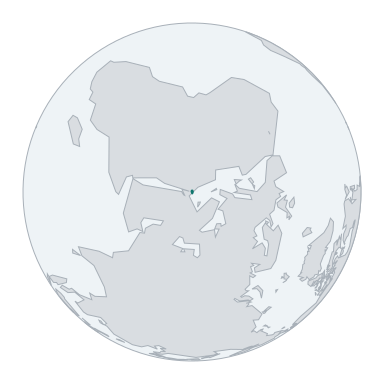 Ash Sharqiyah highlighted on a globe, orthographic projection, rotated 136°
{"feature_id": "EGY-1535", "entity_name": "Ash Sharqiyah", "entity_type": "Governorate", "adm_level": 1, "iso_a3": "EGY", "parent_name": "Egypt", "parent_adm1": "", "projection": "orthographic", "projection_center": [31.859, 30.68], "detail": "medium", "context": "on_globe", "style": "filled", "palette": "teal", "viewbox_px": 384, "rotation_deg": 136, "n_neighbors": 0, "source": "natural_earth", "source_scale": "10m", "svg_char_len": 10486}
<svg xmlns="http://www.w3.org/2000/svg" viewBox="0 0 384 384"><g transform="rotate(136 192 192)"><circle cx="192" cy="192" r="169" fill="#eef3f6" stroke="#a8b0b8"/><path d="M174.5,23.9L190.5,23.1L196.9,23.1L197.3,23.1L195.5,23.2L201.0,23.3L209.2,23.9L213.0,24.3L216.6,25.0L215.9,25.1L208.3,24.5L207.7,24.7L213.1,25.3L215.8,26.2L208.0,25.2L211.9,26.8L199.9,27.1L179.7,26.0L172.7,28.0L150.9,32.2L152.5,32.6L145.2,35.1L144.4,36.7L140.6,37.5L143.2,38.1L146.9,37.2L149.2,37.2L149.1,38.2L144.2,39.2L143.6,38.9L142.0,39.7L139.7,39.9L140.7,40.3L134.8,41.7L140.4,41.9L135.5,44.4L131.6,44.9L132.4,42.8L125.6,40.3L122.0,41.0L116.0,43.7L103.9,52.6L99.7,54.6L93.7,58.7L95.8,58.3L101.2,55.0L103.6,55.8L110.0,52.2L111.9,52.1L118.2,49.6L116.8,52.4L111.9,56.6L106.5,58.9L104.2,61.0L108.9,60.9L98.5,68.0L91.0,77.7L88.4,79.5L84.0,78.5L85.0,72.4L79.3,72.8L82.5,75.2L75.9,80.5L74.5,82.7L74.6,84.1L76.9,83.3L74.5,85.9L70.5,84.0L72.6,81.6L73.9,82.1L74.3,79.5L71.5,79.1L68.4,82.3L67.6,79.7L65.3,82.1L63.9,83.1L67.5,79.4L61.0,86.3L59.7,86.9L67.6,77.6L76.2,68.9L85.4,60.9L95.2,53.5L105.4,46.9L116.2,41.0L127.3,35.9L138.7,31.7L150.5,28.2L162.4,25.6L174.5,23.9ZM27.0,155.6L26.3,159.5L26.0,160.6L24.0,178.4L24.7,191.6L24.8,199.8L24.5,202.6L25.4,206.9L25.4,209.4L31.7,226.1L37.1,239.2L38.4,248.0L36.8,252.8L42.3,269.9L41.6,269.1L36.2,257.3L31.6,245.2L28.0,232.7L25.4,220.1L23.7,207.2L23.1,194.3L23.4,181.3L24.7,168.4L27.0,155.6ZM217.2,25.0L218.4,25.2L219.8,25.5L217.2,25.0ZM118.6,48.4L118.4,49.0L117.3,49.1L118.6,48.4ZM121.6,46.8L120.4,46.5L121.7,45.8L122.3,46.0L121.6,46.8ZM220.0,26.1L221.9,26.7L218.6,25.9L220.0,26.1ZM122.6,47.4L124.0,44.5L126.2,43.2L130.6,43.0L122.6,47.4ZM222.1,27.0L226.8,29.1L229.7,29.4L224.0,30.1L221.9,27.9L217.5,26.7L221.0,27.2L222.1,27.0ZM148.1,36.5L144.2,37.5L147.6,35.8L148.1,36.5ZM149.7,35.4L156.7,30.9L162.4,30.1L158.9,31.6L166.3,30.2L165.6,32.0L161.4,33.2L157.8,33.3L160.3,34.0L149.7,35.4ZM220.1,30.4L220.1,31.0L218.7,30.3L220.1,30.4ZM150.4,37.2L151.3,36.2L156.3,35.4L155.4,37.2L154.1,36.9L150.4,37.2ZM168.6,29.1L172.1,29.1L172.5,30.4L174.0,30.7L166.1,32.0L168.6,29.1ZM152.9,37.5L154.8,38.3L152.3,39.6L149.9,38.1L152.9,37.5ZM158.0,34.5L160.3,34.2L158.7,34.9L158.0,34.5ZM144.6,45.3L145.6,43.8L148.2,43.2L144.6,45.3ZM155.7,38.4L156.5,38.0L157.7,37.7L158.4,38.5L155.7,38.4ZM166.9,33.1L166.4,33.8L170.2,32.5L170.6,33.8L165.3,34.5L167.8,34.7L167.9,35.1L163.4,35.4L166.9,33.1ZM162.7,38.4L156.0,40.2L153.6,42.9L151.2,43.4L155.5,39.0L162.7,38.4ZM163.5,36.5L162.4,37.8L159.9,37.6L159.1,36.8L163.5,36.5ZM172.9,34.4L173.5,32.3L174.7,32.2L172.9,34.4ZM162.5,39.1L164.1,38.7L162.6,39.3L162.5,39.1ZM170.2,35.8L170.3,35.0L171.6,34.9L170.2,35.8ZM167.2,38.6L165.1,39.1L164.4,38.5L167.2,38.6ZM169.0,37.3L170.7,37.4L165.5,37.9L168.8,37.0L169.0,37.3ZM171.4,35.9L172.2,35.6L171.2,36.2L171.4,35.9ZM170.8,41.0L164.3,41.8L162.9,40.2L169.4,39.6L170.8,41.0ZM76.4,236.7L67.8,209.2L72.6,201.7L74.0,190.5L108.0,162.4L114.7,166.7L140.9,167.2L144.1,169.2L140.5,177.9L159.7,191.4L166.6,184.5L184.5,191.3L196.8,191.1L202.2,174.2L182.0,174.2L179.1,165.9L195.6,158.8L213.3,159.3L212.7,156.1L202.0,149.3L206.5,143.3L198.3,146.5L201.3,149.7L196.3,152.0L193.2,149.3L194.9,147.1L189.7,145.7L182.9,157.0L185.2,161.5L171.3,163.0L173.8,170.8L169.9,174.2L164.2,162.4L165.1,158.2L154.2,144.9L152.0,149.3L162.1,162.4L158.7,161.1L155.8,168.0L155.4,161.8L144.9,147.1L132.6,148.0L116.2,162.5L109.2,162.3L103.8,157.1L110.6,140.2L125.4,142.9L128.0,137.6L125.7,128.6L130.4,130.4L131.3,127.3L137.0,128.1L145.7,121.9L151.6,122.1L155.7,113.0L159.3,112.0L155.8,117.5L156.5,121.8L171.2,122.8L174.3,121.1L175.8,115.3L179.6,116.6L179.2,110.9L188.0,109.1L176.9,106.7L178.3,100.6L184.0,96.2L182.5,94.0L173.3,101.1L171.4,104.5L172.9,107.9L166.1,117.6L160.9,118.8L160.5,107.6L153.1,108.3L156.1,99.9L179.2,84.6L188.5,82.2L202.4,90.4L199.8,94.1L193.5,92.8L198.7,99.4L198.6,96.2L201.8,97.6L204.0,92.6L206.4,93.4L204.4,87.6L207.6,88.0L208.7,91.6L214.7,85.3L221.4,85.2L221.6,83.4L219.9,81.6L229.6,83.0L229.4,81.7L226.1,80.7L223.4,77.6L222.4,72.8L225.8,73.5L226.6,75.3L233.4,80.5L235.1,85.7L236.4,85.5L235.8,81.3L227.4,74.9L225.9,71.8L230.3,74.3L228.5,73.2L228.8,71.9L232.3,71.5L227.7,68.6L226.3,55.6L232.9,53.9L237.0,57.3L239.6,50.5L246.9,50.1L243.8,49.1L243.0,45.7L240.7,45.7L239.2,45.0L236.1,37.7L238.1,36.9L233.3,33.4L231.7,33.0L230.0,33.4L224.0,30.1L229.7,29.4L233.0,30.2L234.3,29.6L241.6,31.9L248.2,33.9L255.3,37.5L260.0,39.2L260.0,38.8L266.2,41.1L279.2,48.0L268.7,44.0L249.3,36.1L257.2,39.2L255.4,39.2L258.3,40.8L263.9,43.2L264.5,43.1L273.5,52.0L287.0,61.9L286.0,58.5L289.5,59.5L304.0,70.2L321.3,92.5L326.1,95.9L329.2,99.6L331.0,104.2L326.6,98.8L324.8,98.9L322.0,95.5L323.5,101.7L319.6,97.0L322.6,104.6L326.0,107.2L326.1,103.0L330.4,112.2L335.8,115.6L340.9,123.5L346.9,144.0L346.4,154.4L347.3,157.5L344.7,156.7L344.9,165.2L352.4,176.4L353.4,181.1L352.0,194.8L351.3,191.5L344.6,189.4L345.9,201.4L351.1,205.8L353.0,214.8L350.1,215.1L347.9,207.4L345.5,206.4L344.3,196.3L338.9,184.1L335.8,190.3L334.3,184.4L326.3,176.0L321.0,184.6L313.6,207.2L315.5,222.6L311.7,231.5L300.0,213.9L294.8,199.9L290.5,203.2L278.5,193.8L257.6,199.0L254.7,195.4L250.7,198.3L242.3,195.9L237.8,189.8L232.6,191.1L244.6,206.9L250.1,205.5L254.8,197.7L257.1,203.6L265.3,207.3L256.1,224.5L225.2,242.6L222.3,231.1L199.2,199.6L200.0,195.8L199.9,195.4L199.6,194.6L197.4,200.9L193.4,194.4L205.7,217.2L207.7,226.9L224.8,243.3L223.2,245.3L228.7,248.4L246.5,241.3L246.6,245.2L238.1,264.0L213.5,289.1L216.9,302.9L215.2,314.3L200.1,322.2L201.7,329.9L193.9,332.7L193.6,336.8L187.4,340.9L177.2,344.3L159.4,342.9L158.1,339.6L148.9,331.7L136.1,311.2L140.3,302.4L138.6,294.4L125.8,274.1L128.6,264.0L125.2,258.8L118.2,258.5L114.4,252.1L110.1,251.0L84.1,247.0L76.4,236.7ZM95.8,179.3L94.8,182.6L95.8,179.3ZM231.9,168.6L242.6,167.8L237.9,157.7L241.6,156.8L238.7,153.9L237.5,157.0L230.3,149.1L235.0,145.4L233.8,141.0L230.1,141.1L222.8,149.3L233.0,160.5L230.5,165.2L231.9,168.6ZM26.3,159.6L25.9,162.4L26.0,160.9L26.3,159.6ZM33.7,133.1L32.9,135.9L33.3,134.3L33.7,133.1ZM35.7,127.8L34.4,131.2L34.6,130.5L35.7,127.8ZM76.1,80.6L76.3,80.8L75.8,82.7L75.0,82.6L76.1,80.6ZM80.4,87.5L76.5,91.6L78.7,88.4L76.7,88.7L78.8,82.9L87.2,80.2L83.0,82.3L80.4,87.5ZM83.9,74.9L81.6,78.6L83.8,74.7L83.9,74.9ZM130.6,110.8L132.3,113.3L129.8,116.5L122.3,117.5L125.9,112.7L130.6,110.8ZM135.3,116.1L137.0,105.4L141.7,104.7L138.8,106.8L141.7,107.5L137.8,111.1L140.6,121.5L138.5,125.1L125.9,124.2L131.2,122.3L129.2,119.8L135.3,116.1ZM133.2,83.0L134.0,79.5L143.2,82.5L141.3,85.6L133.8,86.4L131.5,83.4L133.2,83.0ZM130.0,48.1L129.8,47.3L131.1,46.9L132.5,47.3L130.0,48.1ZM144.8,44.6L132.7,51.5L131.7,50.8L125.7,56.2L121.0,56.6L125.0,53.0L116.8,57.7L118.5,54.6L113.3,58.1L122.8,50.1L124.0,47.9L124.5,50.1L128.8,49.6L131.1,48.8L138.4,44.9L143.2,40.4L148.3,39.7L150.6,40.3L150.3,41.3L147.1,41.4L148.9,42.6L144.0,43.5L144.8,44.6ZM175.0,54.5L171.4,53.2L174.2,57.7L169.3,57.9L169.9,58.4L166.2,59.9L162.7,62.8L160.6,62.5L160.1,63.8L157.6,65.0L156.3,66.7L152.0,66.9L150.1,69.1L149.2,67.9L147.0,71.8L146.7,69.0L143.4,70.6L145.4,72.5L125.4,71.1L117.2,73.3L110.6,77.0L110.9,72.3L117.4,66.2L126.7,60.5L134.5,59.3L133.2,57.6L136.6,56.6L136.2,58.3L138.9,55.2L141.5,54.9L149.7,51.1L152.0,47.2L155.0,46.0L155.5,47.4L158.2,45.2L161.2,47.1L163.4,46.3L168.6,47.6L168.2,51.2L170.7,50.1L174.8,51.3L175.0,54.5ZM172.1,41.4L172.7,45.1L170.4,47.2L162.4,44.1L159.9,44.5L154.7,43.0L158.2,40.2L159.4,40.9L161.4,40.8L159.5,41.7L162.5,41.0L164.2,42.0L166.9,41.8L166.4,43.0L172.1,41.4ZM148.1,166.3L150.6,167.0L154.7,167.1L152.9,171.6L148.1,166.3ZM140.7,156.4L143.1,156.1L142.5,162.1L139.9,161.5L140.7,156.4ZM144.8,151.1L143.2,155.7L142.5,152.9L144.8,151.1ZM158.0,117.1L160.6,116.7L160.7,118.1L159.1,120.0L158.0,117.1ZM182.2,69.5L180.5,68.1L181.4,67.5L180.9,63.5L184.5,63.3L186.2,65.6L182.2,69.5ZM198.5,177.2L194.7,180.5L193.0,179.0L194.6,178.1L198.5,177.2ZM172.5,176.5L178.3,178.9L172.0,177.7L172.5,176.5ZM186.0,68.7L185.4,67.0L187.6,67.9L186.0,68.7ZM187.1,63.0L189.7,63.7L184.9,62.8L187.1,63.0ZM259.3,346.5L259.9,346.5L257.5,347.5L259.3,346.5ZM244.0,309.0L232.3,328.7L224.3,329.8L222.9,324.9L227.4,313.4L236.6,308.9L241.2,302.8L244.0,309.0ZM358.2,222.3L354.7,231.7L352.9,233.6L353.7,230.3L356.7,224.9L358.2,222.3ZM353.5,230.5L350.1,229.2L342.4,216.5L345.3,214.1L352.7,218.4L352.3,221.0L354.4,223.1L353.5,230.5ZM360.2,203.7L359.7,210.7L358.2,215.5L357.3,216.8L356.7,210.2L357.0,205.1L357.9,203.3L359.2,181.5L360.0,182.3L360.2,190.6L360.7,194.0L360.2,203.7ZM316.3,223.7L320.2,230.9L317.8,233.7L316.3,223.7ZM358.0,168.6L358.6,177.8L357.5,166.8L358.0,168.6ZM356.3,159.2L357.1,162.2L356.3,160.4L356.3,159.2ZM348.8,161.8L348.0,164.5L347.2,162.4L347.7,157.7L348.8,161.8ZM344.8,130.4L347.8,136.7L348.7,139.2L346.8,136.3L344.8,130.4ZM215.8,67.4L212.5,72.9L212.5,77.4L216.2,80.5L209.5,78.9L209.5,71.9L215.8,67.4ZM224.7,56.8L221.4,54.6L223.7,54.3L224.8,54.8L224.7,56.8ZM222.1,56.3L216.4,56.1L215.1,54.1L219.9,54.6L222.1,56.3ZM201.2,61.7L199.9,63.3L198.2,62.4L201.2,61.7ZM360.2,207.5L360.5,203.7L360.9,194.7L360.9,190.1L360.9,187.4L360.9,189.5L360.9,193.9L360.9,197.0L360.9,196.7L360.2,207.5ZM359.8,172.4L359.3,169.6L359.6,173.7L358.2,162.1L359.0,166.2L359.8,172.4ZM358.1,162.9L358.5,166.7L357.6,160.4L358.1,162.9ZM358.2,165.5L357.3,162.0L357.5,161.0L358.2,165.5ZM358.1,162.1L356.6,155.5L357.4,158.4L358.1,162.1ZM355.1,154.6L356.8,157.2L356.0,159.0L352.2,147.5L352.2,145.4L355.1,154.6ZM331.5,99.5L329.4,96.9L328.4,94.6L330.1,97.0L331.5,99.5ZM323.1,86.1L327.4,93.3L330.5,99.6L331.3,99.8L335.1,105.8L332.0,102.8L327.2,94.6L325.5,90.8L321.9,86.3L318.6,81.7L314.1,77.2L311.5,74.3L315.1,77.3L323.1,86.1ZM312.2,75.5L303.1,67.5L302.8,65.8L304.7,67.2L309.0,71.5L308.9,72.1L312.2,75.5ZM300.8,65.2L300.6,65.8L287.0,58.0L284.0,56.1L294.2,60.4L294.6,61.4L298.0,63.8L300.8,65.2ZM221.9,31.1L220.3,31.0L221.3,30.7L221.9,31.1ZM238.0,45.1L236.1,44.1L237.3,43.7L238.0,45.1ZM231.5,41.3L231.4,42.5L230.1,40.9L231.5,41.3ZM231.5,45.4L230.7,42.8L233.5,45.8L231.5,45.4Z" fill="#d9dde1" stroke="#a8b0b8" stroke-width="1"/><path d="M192.5,190.7L192.5,190.8L192.8,190.9L192.8,191.0L192.8,191.3L192.7,191.4L192.7,191.5L192.7,191.8L192.6,192.0L192.4,192.2L192.4,192.3L192.2,192.4L191.9,192.4L191.8,192.5L192.0,193.0L191.3,193.4L190.8,193.2L190.7,193.1L190.7,192.9L190.5,192.7L190.6,192.4L190.8,192.2L190.7,191.9L190.8,191.7L191.0,191.7L191.3,191.6L191.4,191.4L191.5,191.4L191.6,191.2L191.8,190.9L192.0,190.8L192.3,190.7L192.5,190.7ZM192.7,190.8L192.8,190.8L192.7,190.8L192.7,190.7L192.8,190.7L193.0,190.7L193.0,190.8L192.9,190.8L192.7,190.8Z" fill="#14b8a6" stroke="#0f766e" stroke-width="1.5"/></g></svg>